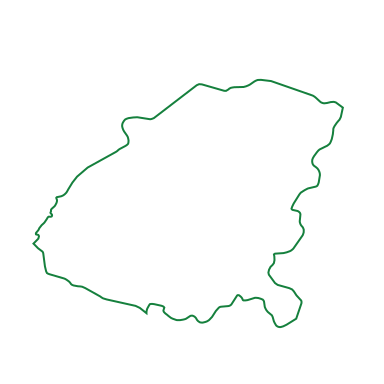 map outline of Eastern (orthographic projection), rotated 17°
{"feature_id": "GHA-2161", "entity_name": "Eastern", "entity_type": "Region", "adm_level": 1, "iso_a3": "GHA", "parent_name": "Ghana", "parent_adm1": "", "projection": "orthographic", "projection_center": [-0.365, 6.459], "detail": "fine", "context": "isolated", "style": "outline", "palette": "green", "viewbox_px": 384, "rotation_deg": 17, "n_neighbors": 0, "source": "natural_earth", "source_scale": "10m", "svg_char_len": 4053}
<svg xmlns="http://www.w3.org/2000/svg" viewBox="0 0 384 384"><g transform="rotate(17 192 192)"><path d="M55.9,278.1L55.2,278.1L54.9,277.6L54.8,276.8L55.1,276.0L56.1,273.7L56.4,272.7L56.5,271.4L57.9,267.7L59.4,265.2L59.9,264.1L61.1,260.2L61.3,259.2L61.6,258.2L62.2,257.5L64.3,256.9L65.0,256.3L65.0,255.2L64.6,254.5L63.8,254.0L63.1,253.7L62.7,253.2L62.8,251.5L62.5,250.8L62.4,250.0L62.8,249.0L64.8,245.7L65.2,244.3L65.6,242.1L65.6,241.0L65.5,240.0L65.2,239.1L64.7,238.4L64.2,237.8L63.9,237.2L64.2,236.5L68.2,234.3L69.5,233.2L70.2,232.4L71.0,231.3L72.0,229.4L72.4,228.0L72.9,225.6L74.9,217.9L77.6,210.9L85.1,199.1L107.8,175.6L108.7,174.4L109.1,173.6L110.1,172.2L115.0,167.3L116.1,165.9L116.7,164.8L116.8,164.2L116.7,163.2L116.3,161.4L115.5,159.8L114.6,158.3L114.0,157.7L113.4,157.1L109.3,153.9L108.1,152.7L107.0,151.3L106.1,149.8L105.8,149.0L105.6,148.0L105.5,147.0L105.6,146.0L106.1,144.0L106.8,142.3L107.9,141.2L109.7,139.9L114.0,137.9L117.8,136.5L130.4,134.7L131.3,134.4L132.4,133.7L133.9,132.5L165.3,88.5L167.3,86.8L170.0,86.2L193.3,85.8L195.0,85.3L196.9,83.2L197.4,82.3L198.6,81.1L200.0,80.3L201.9,79.4L210.6,76.5L212.7,75.2L214.8,73.5L216.0,72.3L219.4,68.0L220.6,66.8L222.0,65.7L225.1,64.6L235.2,62.8L279.3,64.5L281.3,65.0L283.0,65.7L286.9,67.6L288.9,68.5L290.4,68.7L291.6,68.7L292.6,68.5L295.1,67.4L298.3,65.5L301.0,64.4L302.2,64.3L303.4,64.3L311.6,67.2L312.4,76.7L311.9,79.8L311.5,80.5L310.2,83.6L309.1,87.1L308.7,89.1L308.7,90.5L309.0,91.4L309.8,95.5L310.2,100.5L310.0,103.3L309.7,105.1L309.3,106.0L307.8,108.2L305.3,110.5L304.7,111.1L301.6,114.0L300.7,115.4L299.8,117.5L298.2,122.1L297.7,124.3L297.6,126.1L298.1,128.0L298.9,129.5L299.5,130.2L300.1,130.7L300.9,131.2L303.5,132.1L305.2,132.9L306.6,134.0L307.7,135.2L308.7,136.7L309.4,138.4L310.4,145.9L310.3,147.9L310.0,149.4L309.5,150.0L308.9,150.6L302.0,154.6L301.3,155.2L298.9,157.6L298.4,158.3L297.8,158.9L297.3,159.6L296.7,160.2L296.2,160.9L295.4,162.9L292.6,173.3L292.1,176.6L292.0,178.8L292.5,179.4L293.4,179.7L298.6,179.3L299.5,179.5L300.3,179.8L301.1,180.2L301.7,180.8L302.2,181.6L302.6,183.5L303.4,187.6L303.6,188.5L303.9,189.3L304.9,190.8L306.1,192.0L308.3,193.4L309.1,194.3L309.9,195.4L310.6,197.9L310.6,199.5L310.5,201.0L305.5,216.4L305.1,217.2L304.1,218.7L303.6,219.3L303.0,219.9L300.2,222.0L297.3,223.7L289.4,226.7L288.6,227.7L289.6,229.6L290.8,233.0L291.1,236.1L290.3,238.3L289.0,240.6L288.4,243.8L288.6,246.7L289.7,248.6L298.0,254.8L301.1,255.8L313.1,255.5L316.2,255.9L318.4,257.2L322.1,260.3L328.2,263.9L328.9,265.1L329.2,266.5L328.7,282.7L321.2,291.3L318.5,293.8L316.2,295.3L315.2,295.6L313.8,295.7L312.7,295.5L311.8,295.2L311.1,294.7L309.2,292.9L308.1,291.7L305.8,288.1L305.2,287.4L304.5,286.6L299.7,284.6L298.9,284.1L297.5,283.1L296.3,281.9L295.2,280.6L292.9,275.7L292.2,274.9L291.1,274.2L288.9,274.0L286.4,274.0L284.4,274.4L283.1,274.8L276.8,279.1L274.7,280.1L273.4,280.5L272.8,280.6L272.2,280.4L271.0,279.0L270.1,278.3L269.0,277.7L267.1,277.0L266.0,277.2L265.4,277.8L262.5,288.1L261.8,289.2L260.5,290.3L253.1,293.3L252.2,293.9L251.5,294.7L249.6,298.8L247.7,305.6L246.0,309.0L245.6,309.7L245.0,310.4L244.2,311.3L242.9,312.3L240.4,313.8L238.8,314.2L237.5,314.3L235.6,313.7L234.1,312.8L233.5,312.2L232.9,311.6L232.0,311.0L230.8,310.4L228.8,310.1L227.7,310.4L226.7,310.9L223.4,314.9L222.4,315.7L220.9,316.6L217.9,318.1L216.2,318.6L214.7,319.0L210.4,318.8L208.6,318.5L205.4,317.3L204.6,316.9L201.9,315.9L200.3,315.0L199.7,314.4L199.3,313.6L199.3,310.6L198.2,309.9L196.3,309.7L188.7,310.3L186.9,310.6L185.4,311.1L185.0,311.3L184.5,311.6L184.3,312.2L184.1,312.8L183.3,316.6L183.3,318.1L183.4,319.1L183.5,319.9L183.9,321.2L176.0,318.1L171.3,317.4L141.8,319.7L138.0,319.7L136.0,319.2L135.1,318.8L118.0,315.1L114.6,314.7L112.6,315.0L110.5,315.5L106.1,316.0L104.6,315.9L103.4,315.5L101.7,314.2L100.4,313.5L97.7,312.6L96.1,312.2L94.9,312.1L79.7,312.3L78.2,312.2L77.0,311.9L76.6,311.5L75.7,310.5L73.1,306.1L67.7,294.2L67.2,293.4L66.4,292.7L61.2,290.8L55.5,287.7L58.7,281.5L58.6,279.1L58.1,278.4L57.5,278.0L56.6,278.0L55.9,278.1Z" fill="none" stroke="#15803d" stroke-width="2"/></g></svg>